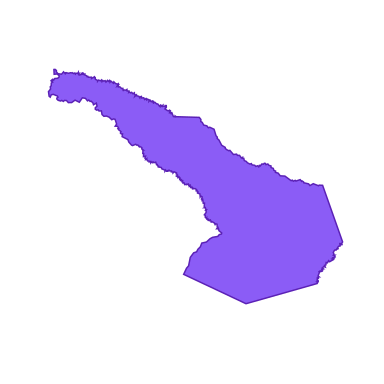 Tambopata, Madre de Dios, Peru, rotated 8°
{"feature_id": "86281439B97572959999904", "entity_name": "Tambopata", "entity_type": "district", "adm_level": 2, "iso_a3": "PER", "parent_name": "Peru", "parent_adm1": "Madre de Dios", "projection": "orthographic", "projection_center": [-70.427, -12.188], "detail": "fine", "context": "isolated", "style": "filled", "palette": "violet", "viewbox_px": 384, "rotation_deg": 8, "n_neighbors": 0, "source": "geoboundaries", "source_scale": "gbopen_adm2", "svg_char_len": 5970}
<svg xmlns="http://www.w3.org/2000/svg" viewBox="0 0 384 384"><g transform="rotate(8 192 192)"><path d="M37.2,117.1L38.4,117.8L39.1,115.3L41.1,114.6L45.4,115.7L46.1,116.8L45.1,117.8L45.2,118.7L46.6,119.8L49.2,120.2L50.3,119.4L52.0,120.2L53.0,119.0L55.0,118.9L57.1,120.7L60.4,120.2L63.4,117.3L67.9,118.8L70.3,114.0L73.5,114.1L75.8,116.3L77.0,115.3L78.5,116.5L79.5,116.1L81.5,117.6L82.3,119.3L84.9,117.3L86.0,120.2L84.5,122.0L84.7,123.5L86.2,124.2L87.7,123.7L88.6,124.7L91.0,124.3L92.1,127.8L94.2,129.3L96.7,128.7L99.5,129.4L102.5,131.6L104.0,130.6L105.7,130.7L107.9,135.2L106.8,137.5L109.1,137.3L110.5,139.1L109.8,139.5L110.7,140.6L113.2,142.0L112.9,143.6L113.9,144.3L115.1,144.1L115.1,146.9L121.2,149.0L122.5,151.4L125.6,154.0L126.7,154.3L129.6,152.6L130.8,153.3L131.8,153.0L133.5,154.6L133.8,154.1L136.1,155.0L136.3,156.3L137.5,157.0L137.0,157.0L137.7,157.7L137.9,160.7L138.8,160.7L139.0,163.7L141.0,163.0L140.7,165.1L141.5,165.9L142.2,165.5L141.9,166.2L142.6,165.9L143.7,167.4L145.2,167.4L145.4,168.2L146.8,167.5L147.1,168.7L147.5,167.8L148.6,168.5L149.2,167.6L150.2,168.3L151.9,167.5L153.1,169.9L153.8,169.6L154.5,171.0L155.3,171.1L155.2,171.9L158.2,172.0L158.9,173.3L162.2,174.1L162.3,174.9L162.8,173.9L163.7,175.0L165.2,174.8L165.0,174.2L166.3,173.6L166.9,174.2L168.7,174.1L168.7,174.9L170.5,174.9L170.6,175.7L171.5,174.5L174.0,175.2L173.8,176.2L174.7,176.5L175.0,178.0L174.4,178.4L175.3,178.8L175.6,178.2L176.1,179.7L177.5,178.4L177.0,179.6L178.0,179.6L178.1,181.2L178.8,180.9L179.1,182.1L180.0,181.5L180.4,182.5L181.0,182.3L180.7,183.3L181.9,183.7L181.8,184.3L183.0,184.2L183.7,185.7L185.5,185.2L185.5,184.4L185.9,185.4L187.3,184.6L187.9,186.0L189.0,185.5L188.8,186.8L189.7,186.4L190.1,187.7L191.2,187.2L191.4,188.0L192.0,188.0L191.7,187.4L192.2,187.8L192.2,188.8L194.6,188.2L195.8,188.8L195.9,189.9L196.5,189.5L197.0,190.4L197.6,189.9L197.1,191.0L197.9,191.2L197.7,192.3L200.1,192.8L200.8,195.7L201.2,194.7L202.8,195.5L202.5,197.7L203.2,197.6L203.2,198.6L203.7,198.1L204.7,201.6L205.9,201.3L206.1,204.6L207.0,205.4L206.5,205.8L207.4,205.7L208.0,207.3L208.7,207.4L207.9,208.3L208.7,208.7L208.8,210.4L207.4,212.9L208.5,213.4L208.6,215.1L209.8,216.0L210.1,215.5L210.3,216.7L211.3,217.3L211.4,216.5L212.0,216.7L212.3,217.8L213.8,217.2L213.7,218.0L215.2,218.3L215.3,219.1L216.3,218.7L218.5,219.6L219.4,221.0L219.8,220.2L221.3,220.4L221.8,222.8L222.4,223.1L221.9,224.2L222.5,223.8L223.5,224.2L222.4,224.2L222.3,224.9L223.3,224.6L224.1,226.6L227.1,228.4L227.0,229.5L224.9,230.4L223.7,232.4L218.7,234.0L216.3,235.8L213.3,239.5L208.8,241.2L207.9,245.1L205.8,247.9L204.9,250.6L202.1,252.0L199.4,257.0L198.9,265.6L197.2,268.2L195.2,274.7L261.0,295.1L328.7,265.2L329.0,264.0L328.3,263.7L329.5,263.2L329.3,262.4L328.3,262.9L328.1,259.7L329.7,260.2L328.6,259.5L329.2,258.7L328.3,258.5L329.6,258.3L328.5,257.7L329.4,253.7L328.9,253.3L329.9,252.3L330.6,252.9L332.0,252.2L331.4,250.9L332.3,250.7L331.6,249.7L332.5,249.6L331.6,249.1L332.9,247.5L334.4,247.8L333.5,246.2L334.7,245.6L334.7,243.1L336.0,243.3L336.8,241.0L338.0,241.9L341.4,239.3L340.1,238.8L341.7,237.9L340.8,237.4L342.8,236.4L342.1,235.2L341.4,235.6L342.2,234.7L340.8,234.9L341.2,233.7L340.3,232.2L341.1,230.1L341.8,229.4L342.7,229.5L343.8,227.3L344.1,228.1L344.6,227.8L344.0,226.7L344.7,225.4L346.2,224.8L345.6,222.5L347.0,222.4L347.3,223.4L347.9,223.2L347.4,222.0L348.1,220.5L320.4,167.2L317.0,167.5L316.4,168.2L310.9,166.9L307.9,169.2L306.3,167.7L301.4,167.3L301.1,166.5L299.4,165.7L299.0,166.2L297.4,164.7L293.4,166.7L292.6,166.1L290.8,167.2L289.7,166.3L288.6,167.0L281.8,163.3L277.1,163.7L274.7,161.3L271.9,161.0L271.9,159.7L270.0,159.1L269.2,157.3L266.9,156.8L266.6,155.2L264.5,154.9L263.2,153.7L261.4,154.6L260.7,153.5L259.6,153.5L258.9,154.5L257.3,154.5L255.9,156.7L255.0,156.3L254.6,157.8L253.3,156.9L251.6,157.8L250.4,156.8L247.7,156.8L246.8,155.6L245.5,156.3L242.7,155.3L241.6,154.2L239.4,153.6L238.6,151.5L237.4,151.7L237.3,150.6L236.1,151.4L234.0,149.1L231.9,149.4L230.9,148.3L227.8,149.1L223.7,145.5L222.6,146.0L220.4,145.2L218.9,144.2L218.7,143.2L214.9,141.6L211.4,136.7L209.5,135.5L209.4,134.1L208.0,133.0L205.1,126.8L200.6,125.4L199.2,126.1L197.5,124.4L194.3,124.1L192.4,121.6L190.9,121.0L190.7,118.9L188.8,117.1L165.3,119.7L165.2,119.3L164.8,119.1L165.0,119.9L163.1,119.9L160.9,116.1L160.3,116.2L160.9,117.9L160.0,116.7L158.7,116.7L159.3,114.6L158.3,114.1L157.6,114.9L156.3,114.8L153.7,113.5L154.8,111.7L154.5,110.0L153.4,110.1L153.5,111.3L151.3,110.9L150.6,111.9L150.9,110.3L149.5,111.6L149.5,110.5L148.8,110.2L147.9,111.6L145.9,109.6L144.6,109.6L142.7,108.3L141.5,109.2L141.2,107.6L140.4,107.4L139.6,108.9L139.8,107.5L138.6,108.0L137.7,106.9L136.8,108.1L136.8,106.7L134.8,106.2L134.4,107.2L133.5,106.4L134.0,105.3L132.2,107.0L131.1,105.4L129.1,105.9L128.6,104.4L127.5,104.9L127.3,106.1L126.0,104.6L123.7,104.4L123.5,103.6L122.1,105.2L122.4,103.6L121.4,103.2L121.1,101.8L119.8,102.9L118.4,101.7L117.6,102.4L116.4,101.8L115.5,102.3L115.6,100.8L113.7,101.0L113.3,99.5L112.3,100.4L110.1,100.4L109.9,101.6L109.1,99.0L107.9,99.3L105.9,97.9L104.4,98.2L104.2,96.7L103.2,97.5L103.7,96.1L104.5,95.7L103.9,94.9L103.3,95.6L101.1,95.2L99.3,93.8L99.0,95.2L96.2,93.4L95.5,94.7L94.8,93.0L93.8,94.1L92.8,93.2L91.5,95.1L90.5,93.8L89.2,94.5L88.1,94.0L87.5,95.2L86.8,93.7L86.1,94.6L83.8,94.2L83.1,95.4L83.0,94.7L80.6,93.8L80.2,92.1L79.3,92.2L79.2,91.6L76.7,93.6L76.4,92.3L73.3,92.8L72.8,92.0L71.9,92.3L71.6,91.6L69.7,91.1L69.5,90.1L68.7,90.6L68.0,89.7L67.7,90.2L66.4,88.9L67.1,90.6L65.9,90.4L65.9,91.1L63.9,91.9L63.3,91.2L63.8,90.1L62.8,90.4L62.7,89.5L62.3,90.4L60.2,90.6L60.1,91.4L58.9,90.6L58.4,91.2L56.9,90.6L56.6,91.4L56.6,90.8L55.0,90.8L53.4,91.6L51.1,91.4L50.3,92.3L50.2,91.5L49.1,91.9L48.1,90.9L46.4,93.5L42.8,93.5L40.9,91.8L40.8,90.5L39.3,89.6L38.2,89.9L39.1,94.6L42.0,93.9L44.2,95.3L44.4,96.6L43.1,98.1L40.3,98.7L39.5,100.3L38.8,99.9L38.5,100.7L38.0,100.1L36.9,101.5L38.7,102.6L37.5,103.7L37.8,106.4L37.0,107.5L37.6,109.7L35.9,112.6L37.2,117.1Z" fill="#8b5cf6" stroke="#5b21b6" stroke-width="1.5"/></g></svg>